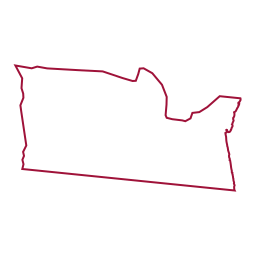 outline of Ngellau, Ngiwal, Palau
{"feature_id": "81905179B11216366066462", "entity_name": "Ngellau", "entity_type": "district", "adm_level": 2, "iso_a3": "PLW", "parent_name": "Palau", "parent_adm1": "Ngiwal", "projection": "robinson", "projection_center": [134.631, 7.567], "detail": "fine", "context": "isolated", "style": "outline", "palette": "rose", "viewbox_px": 256, "rotation_deg": 0, "n_neighbors": 0, "source": "geoboundaries", "source_scale": "gbopen_adm2", "svg_char_len": 2029}
<svg xmlns="http://www.w3.org/2000/svg" viewBox="0 0 256 256"><path d="M15.4,65.5L22.2,78.3L21.5,88.2L23.2,93.6L23.4,97.8L20.4,105.3L21.1,110.5L26.3,145.5L23.1,151.9L24.0,155.9L22.4,159.8L23.5,164.2L22.3,169.0L234.7,190.5L234.3,189.6L234.2,188.3L234.1,186.9L234.6,185.2L233.9,183.6L234.1,182.9L234.0,182.2L233.6,180.9L233.4,179.9L233.4,178.8L233.1,178.0L233.0,176.7L232.7,175.3L232.6,174.3L232.2,173.7L232.4,172.8L231.8,172.2L231.8,170.7L231.4,169.1L231.1,167.4L230.9,165.6L230.7,164.1L230.4,162.1L230.1,160.4L229.6,160.1L229.8,159.0L229.1,157.1L229.0,155.5L229.3,154.5L229.1,153.4L228.9,152.8L228.5,151.6L228.1,150.3L228.0,149.3L227.8,148.1L227.7,147.3L227.3,146.3L227.1,144.7L226.8,143.3L226.5,141.8L226.3,140.2L226.2,138.4L226.1,136.7L225.8,135.5L225.5,134.0L225.4,133.0L226.3,132.6L226.6,132.3L226.7,131.7L226.8,131.3L226.6,130.9L226.5,130.5L226.3,130.0L226.6,129.8L226.9,129.9L226.9,130.7L227.4,131.0L227.5,131.5L227.8,131.8L228.1,131.9L228.5,132.1L229.0,132.1L229.6,131.9L230.0,131.6L230.3,131.2L230.6,130.6L230.8,130.0L231.0,129.9L231.0,129.5L231.3,129.2L231.5,128.6L231.7,127.7L232.4,126.6L232.6,125.8L232.4,125.2L232.3,124.3L232.1,124.2L232.4,123.7L232.6,123.0L232.8,122.3L233.2,121.6L233.6,120.6L233.4,119.9L233.2,119.4L233.3,118.9L233.1,118.1L233.5,117.6L233.8,117.0L234.0,116.8L234.3,115.8L234.4,115.2L234.4,114.5L234.5,113.9L234.3,113.1L234.1,112.6L234.1,112.2L235.0,111.8L235.6,111.3L236.1,110.5L236.6,109.4L237.1,108.5L237.1,108.3L237.4,107.9L238.2,106.6L238.5,105.7L238.4,105.4L238.7,105.2L239.1,104.7L239.1,104.1L238.8,103.7L238.4,103.6L238.3,103.1L238.7,102.9L239.1,102.8L238.9,102.3L239.2,102.1L239.8,101.4L240.1,100.8L240.5,100.1L240.5,99.6L240.6,99.1L240.4,98.3L219.7,96.2L207.3,107.1L199.3,112.1L192.4,112.9L190.5,118.4L185.3,121.2L182.3,120.4L172.3,119.2L166.7,117.8L165.6,115.2L166.5,104.7L166.7,96.9L162.0,84.8L152.3,73.2L143.6,68.3L139.7,68.6L138.2,74.2L135.8,80.8L132.6,81.0L122.4,78.0L102.7,71.4L79.0,70.2L47.2,68.4L37.2,66.6L31.7,68.3L15.4,65.5Z" fill="none" stroke="#9f1239" stroke-width="2"/></svg>